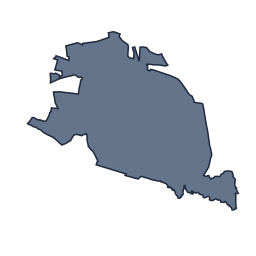 outline of Temascalcingo, México, Mexico, rotated 171°
{"feature_id": "50627088B73169899113331", "entity_name": "Temascalcingo", "entity_type": "district", "adm_level": 2, "iso_a3": "MEX", "parent_name": "Mexico", "parent_adm1": "México", "projection": "mercator", "projection_center": [-100.025, 19.931], "detail": "fine", "context": "isolated", "style": "filled", "palette": "slate", "viewbox_px": 256, "rotation_deg": 171, "n_neighbors": 0, "source": "geoboundaries", "source_scale": "gbopen_adm2", "svg_char_len": 5556}
<svg xmlns="http://www.w3.org/2000/svg" viewBox="0 0 256 256"><g transform="rotate(171 128 128)"><path d="M89.6,51.0L88.9,51.0L87.6,50.5L86.3,51.5L86.4,52.1L86.3,52.3L85.4,52.6L85.4,53.0L85.3,53.3L85.0,53.4L84.6,53.2L83.6,54.7L83.8,55.2L83.9,56.5L83.2,57.3L83.0,58.6L82.5,58.7L82.4,58.8L81.8,61.6L81.4,61.8L80.8,62.3L80.5,62.0L80.5,61.9L81.3,61.0L80.5,59.8L80.6,58.7L80.3,58.0L79.6,56.6L79.3,55.6L79.0,55.1L77.9,54.8L77.2,54.5L76.9,54.3L76.5,53.7L76.2,53.5L74.7,52.7L74.2,52.8L74.0,53.0L74.1,53.3L74.4,53.8L75.2,54.9L75.3,55.4L75.0,55.7L74.8,55.8L74.1,55.4L73.5,54.5L73.1,54.2L71.4,53.2L70.5,53.1L69.6,53.5L68.5,53.1L68.3,52.8L68.1,51.8L67.2,51.3L67.0,50.9L66.6,50.9L65.9,50.7L64.9,50.1L64.6,49.7L64.4,49.3L64.4,48.9L64.6,48.0L64.2,47.5L63.7,47.2L63.3,47.1L61.3,47.5L60.5,47.8L59.6,47.8L59.0,47.6L58.7,47.3L58.3,46.8L58.2,46.4L58.1,45.9L58.2,45.6L58.9,44.5L58.8,44.2L57.7,43.6L56.1,43.1L55.7,43.1L53.5,44.0L53.0,44.3L51.6,43.8L51.0,43.0L49.0,42.5L48.0,42.0L47.8,41.7L47.8,41.4L48.1,40.7L47.8,40.3L47.5,40.1L47.1,40.0L45.2,39.7L44.6,39.4L43.9,40.0L43.6,40.4L43.4,40.3L42.7,39.5L42.2,38.0L41.8,36.6L41.3,36.3L40.5,36.2L40.5,35.5L38.4,33.2L38.1,32.2L38.2,31.1L38.0,30.9L37.8,30.7L37.5,30.6L36.6,30.6L35.8,30.8L34.8,31.3L34.7,31.2L33.6,31.6L33.3,32.0L33.9,32.8L33.4,35.2L33.3,36.7L32.6,41.3L32.0,44.5L32.4,46.6L29.4,46.1L30.8,51.5L30.7,51.7L30.2,51.9L30.8,52.5L31.3,53.8L31.4,54.9L31.2,56.6L30.1,60.1L30.3,61.2L32.0,63.6L31.6,64.3L31.6,65.7L32.0,68.3L33.0,69.1L35.7,69.9L39.8,70.0L40.2,69.1L41.1,68.3L41.6,68.3L43.0,67.8L43.6,67.3L44.8,65.7L45.6,65.7L47.2,66.3L50.0,66.5L50.6,65.8L52.2,65.2L53.4,65.2L54.0,64.6L54.8,65.5L55.2,66.5L55.4,67.6L55.5,68.1L56.0,68.2L56.4,68.6L57.5,68.0L59.1,68.3L60.2,68.9L60.8,69.3L54.6,76.6L52.2,82.3L51.6,84.1L51.1,85.3L49.5,88.2L49.5,91.0L49.6,93.0L49.7,95.2L49.8,95.6L50.1,95.9L50.1,96.1L49.8,113.1L50.0,116.2L50.2,124.0L50.2,135.7L50.4,139.8L50.8,140.4L52.1,141.1L53.1,141.2L58.5,143.0L58.7,145.5L59.7,149.3L62.1,151.3L64.3,155.8L64.7,157.0L65.7,158.9L66.6,160.9L66.8,160.9L67.5,162.8L68.4,164.4L68.4,164.5L70.8,168.4L77.8,173.0L93.9,181.4L96.7,182.4L96.9,181.2L98.6,181.6L99.6,182.3L99.6,182.7L99.4,183.4L99.7,183.8L99.0,185.1L99.0,186.3L98.9,186.8L99.8,187.1L99.6,188.1L96.8,187.6L94.5,187.0L93.1,186.5L92.3,186.2L91.1,186.0L87.7,185.5L86.7,185.2L81.8,183.5L81.0,183.4L78.8,183.9L79.0,184.6L79.5,184.7L83.2,195.0L83.0,195.5L83.1,195.9L86.4,195.6L87.4,195.8L89.3,196.7L93.3,199.2L94.4,200.1L95.0,200.8L96.6,203.8L96.9,204.3L97.5,204.7L98.0,204.9L101.2,205.8L102.1,205.9L103.5,205.9L104.4,201.5L105.1,198.4L106.5,192.2L108.7,207.0L109.0,207.0L111.0,206.7L110.7,203.3L110.1,203.2L110.2,202.1L110.8,198.9L111.6,195.6L115.3,197.0L116.8,198.6L116.8,199.6L116.7,200.4L115.0,207.8L115.0,209.9L115.2,210.4L115.9,211.2L120.0,215.2L121.5,218.2L122.0,218.9L122.6,219.4L121.1,222.1L126.2,224.9L127.2,225.2L127.9,225.4L132.5,225.1L132.6,220.5L145.4,218.3L159.7,218.6L160.0,217.2L164.0,219.9L164.6,220.1L176.7,218.7L176.5,215.5L176.9,208.3L175.2,207.6L175.8,204.0L187.7,210.6L187.9,210.1L188.3,209.5L189.7,208.8L190.6,208.1L186.8,206.3L191.2,196.8L184.5,194.5L184.7,190.1L185.1,190.0L186.2,189.8L187.1,189.0L187.6,188.9L187.8,189.0L187.5,189.7L187.4,190.3L187.4,190.5L187.6,190.9L188.1,191.5L189.0,191.9L190.4,193.2L191.2,193.5L191.8,193.1L193.0,193.1L195.0,194.0L195.6,194.2L196.1,194.2L196.4,194.0L196.5,193.5L196.4,192.0L196.5,191.5L196.7,189.7L196.5,190.3L196.4,190.3L197.6,184.7L188.1,187.3L180.9,188.2L174.9,188.5L173.3,188.9L172.6,188.8L171.5,188.3L171.0,187.9L170.3,187.0L169.7,186.5L169.5,186.3L169.2,186.1L168.8,186.0L168.1,185.8L167.9,185.5L167.5,185.5L167.0,185.6L166.6,185.7L165.9,185.5L165.4,184.8L165.2,184.3L165.3,184.1L165.7,183.7L166.5,183.2L167.3,182.6L167.4,181.9L169.3,176.3L169.6,176.2L170.7,172.8L171.3,170.7L171.8,169.3L176.8,170.8L190.6,174.6L196.0,175.2L195.9,166.5L196.0,164.4L194.1,158.2L200.6,159.8L200.8,158.7L200.8,158.2L201.6,157.0L201.3,156.2L202.8,155.6L204.1,152.6L207.0,148.7L207.7,147.8L208.6,147.7L209.6,147.9L210.2,147.8L210.7,148.1L210.8,148.3L211.1,148.4L211.2,148.6L211.8,148.8L212.0,149.1L212.5,149.2L213.5,149.6L213.8,149.9L214.2,149.9L214.3,150.0L214.6,149.9L214.8,150.1L215.0,149.9L215.3,150.0L216.2,150.4L216.6,151.0L217.3,151.5L218.0,151.8L218.9,152.7L220.7,153.4L220.9,153.4L224.5,149.5L225.8,148.8L226.6,148.0L221.8,144.7L221.5,144.2L218.7,143.0L217.2,141.4L216.8,141.0L216.0,140.7L215.1,140.1L214.9,139.9L214.7,139.7L214.3,139.5L214.0,139.2L213.4,138.3L211.9,136.5L210.7,135.8L210.0,135.1L208.2,133.7L203.4,130.5L200.5,127.2L196.1,121.6L195.7,121.7L193.3,122.1L191.8,122.5L190.5,123.0L189.7,123.5L186.9,124.4L182.6,129.6L179.5,129.7L174.9,127.6L174.1,128.3L172.0,128.3L170.9,128.9L169.9,128.6L169.7,126.1L170.0,125.1L170.2,123.5L170.3,121.0L170.0,117.9L170.2,116.4L168.0,112.3L166.5,110.7L166.2,110.1L164.7,106.0L162.9,99.8L163.7,99.5L165.2,96.6L137.0,82.9L138.3,81.6L132.9,79.2L130.6,78.2L129.6,77.5L128.5,77.2L128.1,76.9L127.7,76.9L127.5,76.7L127.1,76.6L126.8,76.5L126.6,76.3L126.0,76.1L125.8,76.4L125.4,76.4L124.5,77.1L123.6,77.7L123.2,78.0L122.7,78.0L122.1,78.0L121.8,77.9L121.5,77.8L121.5,77.6L120.4,77.1L120.0,77.1L119.5,76.8L118.3,76.0L117.1,75.7L116.0,75.2L115.5,74.8L112.6,73.3L111.2,72.7L108.4,71.7L106.7,70.8L104.1,70.6L103.9,70.4L103.8,69.5L102.1,68.9L99.0,66.9L98.6,66.3L97.6,64.5L98.2,63.4L97.5,62.9L96.9,62.7L96.5,63.2L95.7,62.6L95.5,62.8L95.0,62.5L94.6,61.8L94.4,61.8L94.0,61.4L94.5,60.9L94.1,60.5L93.9,60.2L94.0,60.0L93.6,59.6L93.4,59.7L92.8,59.2L92.3,59.7L91.8,58.7L91.4,55.6L89.6,52.2L89.5,51.8L89.6,51.0Z" fill="#64748b" stroke="#1e293b" stroke-width="1.5"/></g></svg>